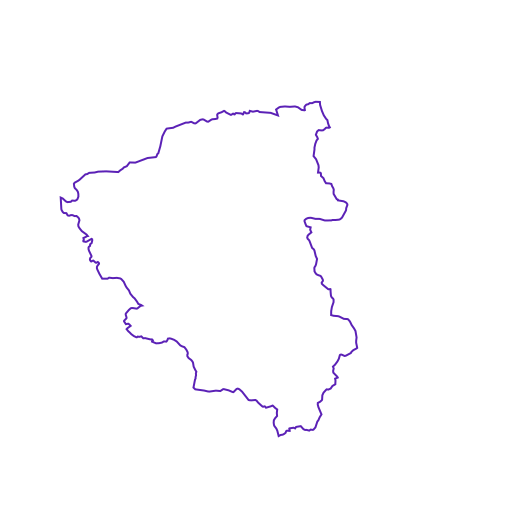 the district of Lac Son, Hòa Bình, Vietnam, rotated 141°
{"feature_id": "81297802B21968879828656", "entity_name": "Lac Son", "entity_type": "district", "adm_level": 2, "iso_a3": "VNM", "parent_name": "Vietnam", "parent_adm1": "Hòa Bình", "projection": "equal_earth", "projection_center": [105.433, 20.499], "detail": "fine", "context": "isolated", "style": "outline", "palette": "violet", "viewbox_px": 512, "rotation_deg": 141, "n_neighbors": 0, "source": "geoboundaries", "source_scale": "gbopen_adm2", "svg_char_len": 6146}
<svg xmlns="http://www.w3.org/2000/svg" viewBox="0 0 512 512"><g transform="rotate(141 256 256)"><path d="M248.5,410.2L253.5,407.9L261.3,401.5L267.3,397.3L268.5,397.3L270.7,396.0L271.6,395.9L278.6,400.4L291.0,404.5L295.3,408.2L299.9,407.1L303.0,408.0L304.7,407.7L307.4,408.0L310.2,407.9L319.2,416.1L325.6,420.9L328.8,422.4L333.3,425.6L335.6,425.9L337.2,426.8L345.2,426.3L346.9,426.4L350.8,427.1L352.1,426.7L353.6,424.3L354.1,422.8L353.8,420.3L353.9,419.0L354.1,417.8L355.1,415.9L356.7,413.9L358.9,412.6L360.2,412.4L361.9,412.8L364.0,414.8L365.9,414.7L368.7,416.6L369.4,418.1L370.0,422.3L371.0,424.3L377.8,414.9L378.2,413.9L378.5,411.7L378.3,410.4L376.4,408.6L376.8,406.2L376.6,405.7L375.7,404.8L374.0,404.2L372.8,403.1L371.9,401.2L370.3,400.0L369.9,397.6L370.0,396.5L370.7,394.9L374.4,392.3L375.3,390.9L375.6,389.5L375.7,387.6L375.7,384.9L374.2,379.3L374.2,377.4L375.1,377.9L376.1,377.9L378.8,378.6L379.6,377.0L380.8,376.4L380.9,375.9L379.4,374.1L378.5,373.7L373.0,372.8L372.8,372.1L373.5,371.1L375.6,369.5L377.5,369.5L378.6,368.3L380.2,368.3L380.9,367.9L381.9,366.6L382.5,365.1L383.8,359.7L384.1,359.2L384.5,358.9L385.9,358.8L387.0,358.1L387.5,357.4L387.7,355.8L387.3,355.3L386.1,355.2L385.3,354.8L384.8,351.8L384.4,351.3L382.7,350.9L382.5,349.7L382.6,349.1L383.0,348.7L385.3,348.2L386.4,347.7L387.3,346.7L387.8,345.4L388.9,340.8L389.8,335.2L385.6,331.8L383.8,331.6L381.2,328.9L377.9,326.6L375.7,324.1L375.2,322.9L375.0,319.2L376.1,314.9L376.4,312.9L376.4,309.2L377.4,305.8L377.4,301.5L377.0,299.5L377.2,295.3L377.6,292.8L376.1,290.2L375.8,289.2L376.9,289.8L378.4,289.9L381.2,289.9L382.0,290.3L384.6,293.2L385.7,294.0L386.4,294.2L388.6,294.1L393.4,293.2L394.2,292.4L395.3,289.7L395.9,289.1L399.2,288.7L399.7,288.2L400.0,284.9L397.9,283.8L397.5,282.5L397.4,280.6L401.3,280.8L402.6,280.6L402.6,277.8L402.3,276.2L402.1,273.7L401.3,270.6L400.1,268.1L399.7,267.8L398.6,267.8L397.7,266.7L395.7,265.7L395.4,263.0L393.8,261.9L390.7,257.8L389.3,256.6L389.2,256.0L389.3,255.3L390.3,255.2L390.7,254.9L388.6,251.0L386.3,249.3L383.6,247.9L381.4,247.6L379.5,245.9L378.2,246.2L376.4,247.2L374.9,246.3L373.9,245.0L372.4,242.4L371.4,239.4L371.1,234.2L370.4,232.5L369.0,230.2L369.1,227.0L369.7,224.2L370.6,222.9L371.5,222.5L372.4,221.3L372.6,219.1L371.8,216.0L371.8,214.0L372.1,212.7L374.1,209.2L374.9,205.7L375.2,203.6L376.5,202.7L377.6,201.1L379.3,199.8L380.1,198.8L381.2,198.3L387.4,193.1L387.1,190.6L381.0,184.1L378.7,181.1L377.6,180.0L371.9,176.6L368.7,173.5L365.4,173.2L364.8,172.8L361.8,168.8L359.8,165.0L359.2,164.4L354.8,164.9L353.6,164.4L352.8,162.9L352.2,159.4L352.4,148.8L351.7,147.9L350.4,146.7L347.1,144.5L346.6,143.2L346.6,140.7L345.8,135.4L345.4,134.4L344.0,133.8L343.7,133.3L343.7,131.8L339.2,129.9L337.2,129.3L337.1,129.0L336.7,125.6L336.1,123.4L338.6,120.9L340.3,118.4L343.3,117.9L345.5,117.1L347.2,115.3L348.4,113.3L348.7,112.3L348.8,109.1L349.4,106.8L351.7,101.8L349.5,101.4L347.6,100.3L345.9,100.0L344.2,100.0L343.0,100.8L342.3,100.9L341.8,100.7L339.9,98.9L339.5,99.4L338.8,100.9L338.5,101.0L334.9,98.9L334.1,97.4L332.6,97.9L331.8,97.6L328.3,95.6L328.1,91.5L327.3,89.9L326.2,89.1L324.5,86.8L322.8,86.7L321.5,85.3L320.7,84.9L317.7,85.4L312.4,88.8L311.1,89.0L308.0,90.6L304.8,91.7L302.6,99.3L301.5,101.7L300.4,102.9L298.0,102.4L295.6,102.5L295.0,102.8L292.1,106.0L289.5,107.3L285.6,107.9L285.0,107.9L283.9,106.7L281.4,106.0L278.4,106.9L275.1,106.4L272.6,109.2L271.7,110.9L269.0,110.1L268.8,111.0L269.3,116.5L269.0,117.3L268.1,118.4L266.4,119.7L265.8,121.6L263.0,121.8L259.1,122.8L256.3,124.0L253.2,126.2L252.5,126.2L251.8,125.8L251.2,124.9L250.1,122.6L249.0,122.0L243.4,120.9L242.2,121.4L239.7,121.6L236.1,120.9L235.2,120.9L235.0,121.2L232.8,125.5L231.5,127.1L229.1,129.4L225.9,135.1L225.4,137.9L225.1,142.2L224.4,145.1L224.2,146.5L224.3,148.9L224.6,149.4L227.3,151.9L229.3,156.4L230.1,157.6L233.3,160.7L234.8,162.8L232.2,165.9L229.1,168.6L224.8,171.3L223.2,173.2L222.9,174.3L223.2,176.1L222.9,177.6L222.4,178.5L220.5,181.3L219.0,183.3L219.1,183.6L220.4,184.3L220.8,184.9L222.1,191.2L222.3,193.0L221.7,194.0L219.8,194.5L219.2,195.1L218.9,195.9L218.3,199.2L218.5,200.1L219.7,202.0L220.5,203.7L220.5,205.3L220.2,207.2L218.2,210.0L217.6,210.4L215.8,211.0L214.4,211.9L210.4,215.3L209.6,218.4L207.1,223.6L206.9,224.9L207.3,227.0L205.0,233.9L204.8,235.0L205.0,236.9L204.6,238.1L203.2,239.2L201.8,239.5L198.1,239.5L197.4,242.3L195.5,243.9L198.0,247.4L197.5,249.4L196.5,252.3L196.2,252.8L195.5,253.3L193.4,253.3L191.5,252.7L189.7,251.5L189.0,250.8L186.4,247.4L183.1,244.7L180.3,240.5L179.8,240.0L175.1,236.3L173.8,235.8L171.5,233.9L168.6,232.0L167.3,231.6L165.0,231.7L158.1,234.5L157.1,235.0L155.8,236.4L152.8,238.2L152.4,238.9L152.4,239.6L152.3,240.5L152.6,241.5L153.5,243.4L157.3,247.7L156.9,248.3L157.5,249.4L156.6,255.4L155.4,257.0L153.9,258.5L153.3,259.9L152.9,262.4L152.1,264.6L153.3,266.2L155.8,268.5L155.5,271.0L154.6,274.0L155.1,277.3L153.5,279.5L153.8,280.6L155.3,281.8L151.5,285.4L150.3,287.3L148.4,293.4L148.4,297.4L143.4,302.1L142.4,303.4L139.3,305.9L136.2,307.7L134.2,308.1L133.6,309.8L133.2,312.5L130.2,314.3L128.1,314.4L126.1,312.4L124.8,311.5L122.8,311.4L121.0,311.6L120.3,311.3L118.6,309.7L117.7,309.5L117.4,311.3L116.4,314.0L115.0,316.7L115.2,318.5L114.8,322.6L113.5,327.2L111.1,333.1L109.4,335.5L112.6,338.3L114.2,339.0L116.1,339.4L118.0,341.0L119.9,341.1L121.5,341.9L122.4,341.9L124.2,341.5L125.1,340.6L126.2,338.6L126.6,338.7L128.6,340.8L129.8,345.2L131.6,347.7L135.8,350.6L139.4,354.0L143.3,356.6L144.6,357.0L148.2,357.2L150.5,351.4L154.5,358.0L162.6,365.6L163.1,367.2L163.8,368.1L167.6,370.1L169.5,372.7L171.0,371.7L171.6,371.6L172.5,372.0L173.9,373.0L174.2,374.8L174.7,375.3L176.9,374.2L177.3,374.5L177.4,375.4L178.0,376.3L181.4,379.5L182.0,379.8L183.5,379.5L183.8,379.7L183.9,380.7L184.3,381.1L186.3,381.3L186.8,381.6L188.9,386.3L189.2,388.4L189.5,388.9L192.3,389.4L195.3,390.5L196.3,390.6L197.4,390.1L198.7,387.8L199.6,387.2L201.3,388.0L204.0,389.8L205.2,390.1L208.5,390.4L209.4,391.2L210.8,395.0L211.6,395.9L213.7,396.9L219.0,397.0L219.7,397.2L220.6,398.1L221.8,400.9L222.5,401.4L224.5,402.2L226.7,403.9L237.0,407.2L239.7,407.8L244.9,411.0L245.4,411.2L248.5,410.2Z" fill="none" stroke="#5b21b6" stroke-width="2"/></g></svg>